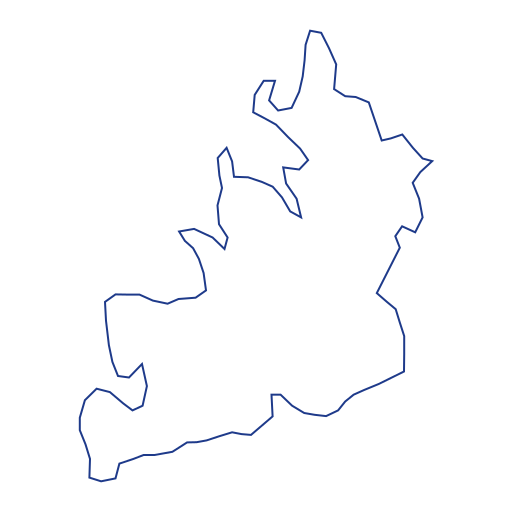 the district of Flor do Sertão, Santa Catarina, Brazil
{"feature_id": "56859067B9215522088689", "entity_name": "Flor do Sertão", "entity_type": "district", "adm_level": 2, "iso_a3": "BRA", "parent_name": "Brazil", "parent_adm1": "Santa Catarina", "projection": "equal_earth", "projection_center": [-53.343, -26.756], "detail": "fine", "context": "isolated", "style": "outline", "palette": "blue", "viewbox_px": 512, "rotation_deg": 0, "n_neighbors": 0, "source": "geoboundaries", "source_scale": "gbopen_adm2", "svg_char_len": 1617}
<svg xmlns="http://www.w3.org/2000/svg" viewBox="0 0 512 512"><path d="M89.4,477.6L101.1,481.3L115.5,478.4L119.4,463.6L133.5,458.9L143.6,455.0L154.5,455.0L172.4,451.8L187.1,442.4L196.6,442.2L206.6,440.4L219.4,436.2L232.1,432.3L241.5,434.1L251.0,434.9L272.6,416.4L271.5,394.7L280.6,394.7L292.1,405.7L304.2,413.0L314.6,414.8L326.1,416.1L338.1,410.4L345.2,401.5L353.6,394.7L364.1,390.0L378.7,384.0L404.0,371.5L404.2,354.1L404.2,336.1L399.8,322.5L395.7,309.2L386.7,301.7L376.8,293.1L399.8,247.7L395.3,236.2L402.1,226.3L415.2,232.3L422.6,217.4L419.1,198.7L412.7,182.8L420.3,172.1L432.2,161.1L422.6,158.5L412.9,147.8L402.3,134.5L390.8,138.4L381.7,140.5L368.8,102.4L355.7,97.0L345.2,96.2L334.1,89.1L336.2,64.4L329.0,48.2L321.2,32.8L310.1,30.7L305.6,44.8L304.6,60.2L302.7,76.4L299.2,91.7L291.6,107.9L278.1,110.5L269.1,100.4L275.0,80.8L263.7,80.8L254.7,94.9L253.2,112.3L263.7,117.8L276.0,124.6L288.1,137.1L300.1,148.6L308.1,160.1L299.2,169.5L283.2,167.4L286.1,183.5L296.6,198.7L301.1,217.4L290.2,211.4L282.0,197.4L272.7,186.7L262.1,182.0L248.1,177.3L234.0,176.8L232.1,161.4L226.6,147.8L217.7,158.0L219.4,175.5L222.0,188.0L217.5,205.4L219.0,224.2L227.6,237.5L224.5,249.0L212.6,237.5L194.1,228.9L179.1,231.5L184.9,240.9L193.1,248.2L198.9,258.9L203.6,273.0L206.0,290.4L195.6,297.7L178.5,299.0L167.6,303.7L152.9,300.6L139.5,294.6L128.0,294.6L115.5,294.4L105.0,301.9L106.0,320.7L108.9,345.2L112.4,361.9L118.0,376.0L129.0,377.5L142.0,364.0L146.9,386.1L142.6,405.7L132.5,410.4L123.1,403.3L109.9,392.1L96.6,388.7L84.9,400.2L79.8,417.7L79.8,430.2L85.5,444.3L90.0,458.9L89.4,477.6Z" fill="none" stroke="#1e3a8a" stroke-width="2"/></svg>